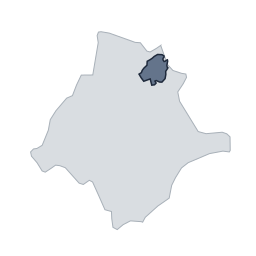 Kosovo, with Vitina highlighted, rotated 262°
{"feature_id": "KOS-5905", "entity_name": "Vitina", "entity_type": "District", "adm_level": 1, "iso_a3": "XKX", "parent_name": "Kosovo", "parent_adm1": "", "projection": "robinson", "projection_center": [21.372, 42.321], "detail": "fine", "context": "in_parent", "style": "filled", "palette": "slate", "viewbox_px": 256, "rotation_deg": 262, "n_neighbors": 0, "source": "natural_earth", "source_scale": "10m", "svg_char_len": 1494}
<svg xmlns="http://www.w3.org/2000/svg" viewBox="0 0 256 256"><g transform="rotate(262 128 128)"><path d="M65.1,89.6L79.5,85.4L81.6,82.4L78.3,75.9L80.2,71.9L97.4,60.4L100.2,55.2L101.3,51.1L99.0,46.7L95.8,39.9L97.4,37.0L106.3,33.1L113.5,28.5L117.8,28.2L120.4,31.5L120.4,34.9L122.8,40.6L128.1,43.7L136.9,48.8L147.1,52.2L155.2,59.1L166.1,71.4L167.8,77.5L177.7,83.0L186.9,89.1L185.4,100.5L216.7,110.4L223.8,110.3L227.1,112.1L227.1,114.7L224.6,122.6L211.8,147.0L210.7,152.1L201.5,157.4L200.2,160.5L202.9,167.2L205.3,172.0L205.1,171.9L185.3,175.9L178.7,180.5L174.7,188.6L173.4,192.8L170.0,193.0L164.1,188.8L156.8,182.3L147.3,182.8L114.7,197.0L111.5,204.5L110.7,220.7L108.5,225.0L105.0,227.8L91.6,226.1L90.2,225.0L91.9,218.8L91.3,205.2L85.3,182.8L81.0,175.4L72.2,168.1L65.2,163.3L52.8,159.0L46.6,146.7L37.2,132.7L32.7,129.4L33.4,128.1L35.7,117.5L33.0,109.8L28.9,103.2L31.7,99.3L40.4,99.3L47.6,100.0L50.3,93.8L65.1,89.6Z" fill="#d9dde1" stroke="#a8b0b8" stroke-width="1"/><path d="M195.9,171.9L194.8,173.2L194.3,173.7L193.1,173.5L192.1,172.4L190.7,172.1L188.8,173.0L189.0,174.3L189.8,175.5L190.0,176.5L188.7,176.6L184.7,175.2L182.7,175.3L182.0,175.9L178.8,173.2L175.7,172.9L171.7,171.6L168.7,168.0L169.1,165.7L171.1,162.5L170.7,161.2L168.6,162.1L167.1,160.3L167.1,157.5L173.5,156.8L172.1,150.1L175.7,148.1L179.8,146.4L181.0,149.0L183.1,150.1L185.1,152.1L187.5,155.5L191.4,156.3L192.5,159.2L193.7,161.7L195.2,163.9L196.7,167.5L195.9,171.9Z" fill="#64748b" stroke="#1e293b" stroke-width="1.5"/></g></svg>